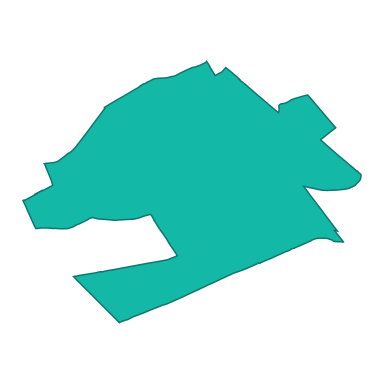 Oudewater, Utrecht, Netherlands
{"feature_id": "6326949B94693963978568", "entity_name": "Oudewater", "entity_type": "district", "adm_level": 2, "iso_a3": "NLD", "parent_name": "Netherlands", "parent_adm1": "Utrecht", "projection": "natural_earth1", "projection_center": [4.869, 52.025], "detail": "fine", "context": "isolated", "style": "filled", "palette": "teal", "viewbox_px": 384, "rotation_deg": 0, "n_neighbors": 0, "source": "geoboundaries", "source_scale": "gbopen_adm2", "svg_char_len": 5797}
<svg xmlns="http://www.w3.org/2000/svg" viewBox="0 0 384 384"><path d="M343.4,242.0L342.6,240.8L334.4,230.5L335.3,230.6L336.2,230.9L337.0,231.0L337.4,231.1L322.8,211.8L319.5,207.3L318.9,206.6L318.6,206.5L318.5,206.1L312.8,198.6L312.4,198.0L311.0,196.4L310.5,195.5L309.9,194.9L307.4,191.3L303.6,186.3L304.3,186.4L305.5,186.6L309.9,187.7L312.0,188.1L316.1,189.0L317.4,189.3L322.4,190.2L323.3,190.3L327.5,190.5L328.4,190.4L332.4,190.2L336.5,190.1L340.2,189.7L343.5,189.4L346.8,188.9L347.7,188.6L349.4,188.1L349.9,187.9L351.2,187.3L353.9,186.1L354.8,185.5L355.4,185.0L358.2,182.2L359.5,180.8L359.8,180.3L360.3,179.5L360.5,178.8L360.7,178.0L360.9,176.6L361.0,175.6L360.9,174.4L359.5,173.3L358.9,172.9L357.6,171.3L357.4,171.5L356.9,171.1L355.9,170.3L355.5,169.9L350.8,165.9L340.8,157.5L340.2,157.0L340.0,156.9L339.7,156.6L339.1,156.1L335.5,153.0L330.6,148.7L320.6,139.9L320.7,139.6L320.8,139.4L321.0,139.3L323.3,137.6L326.9,134.7L328.3,133.5L330.7,131.7L334.0,129.1L335.7,127.7L334.9,126.8L329.4,120.4L325.9,116.3L323.4,113.4L319.6,108.9L315.5,104.1L314.0,102.3L312.2,100.1L308.8,96.2L307.7,95.0L306.4,95.3L303.1,96.1L294.1,98.7L292.6,99.3L291.5,99.7L290.6,100.2L288.8,101.4L288.1,101.8L286.8,102.5L286.1,102.8L284.9,103.3L284.2,103.5L283.8,103.5L281.9,103.7L281.5,103.8L280.8,104.0L280.0,104.4L279.6,104.7L279.2,105.1L279.1,105.4L279.0,105.8L278.9,106.3L278.9,106.8L279.1,108.6L279.2,109.1L279.1,109.5L279.0,110.6L278.4,112.7L276.1,110.8L273.8,108.8L271.4,106.8L256.7,94.3L246.2,85.2L242.2,81.8L241.7,81.5L241.2,81.3L239.6,79.8L239.9,79.7L238.9,78.6L237.3,77.2L235.8,75.9L233.4,73.9L232.9,73.4L225.8,67.6L221.9,71.9L215.1,75.5L212.5,71.2L210.9,68.6L209.1,65.3L206.6,61.3L205.6,62.6L204.9,62.9L203.0,63.8L202.5,64.0L200.8,64.9L198.6,65.8L196.3,66.6L194.2,67.2L192.6,67.4L192.0,67.6L189.6,68.7L188.5,69.2L186.9,69.9L180.2,73.1L179.3,73.6L177.2,74.8L175.1,75.8L174.3,76.1L172.5,76.4L170.4,76.9L169.2,77.2L167.0,77.7L165.5,77.9L163.2,78.1L160.8,78.1L158.3,78.3L155.8,78.6L153.7,79.0L153.1,79.2L150.9,80.4L149.7,81.1L148.8,81.4L147.4,82.1L144.6,83.7L144.1,83.9L143.7,83.8L142.2,84.7L140.5,85.7L140.7,85.9L140.0,86.4L137.5,88.0L131.2,91.6L129.7,92.6L129.1,92.9L126.6,94.3L122.4,96.9L121.8,97.2L121.4,97.3L118.9,98.8L111.5,103.1L105.4,106.8L104.4,107.4L104.5,107.6L104.8,108.0L104.9,108.5L104.7,108.7L104.5,108.9L104.4,109.0L104.0,109.2L104.0,109.5L102.0,112.2L98.7,116.6L98.0,117.5L97.1,118.7L87.2,132.0L80.7,140.5L78.8,143.0L77.2,144.9L76.3,146.5L71.9,150.9L69.9,152.6L69.3,152.8L68.8,153.0L68.2,153.3L65.5,155.6L62.9,157.6L58.5,160.9L58.0,161.2L57.7,161.4L55.3,162.2L52.6,162.8L49.6,163.0L47.3,163.3L45.6,163.4L44.2,163.7L44.7,164.3L45.1,165.2L51.1,179.9L52.7,185.3L42.2,190.9L42.0,190.4L39.3,191.9L39.4,192.0L37.5,193.0L37.4,192.9L36.7,193.2L37.0,193.7L35.8,194.4L35.5,193.9L34.8,194.3L35.2,195.1L35.0,194.8L24.1,200.6L23.9,200.1L23.0,200.5L26.2,207.4L27.5,210.6L29.4,214.8L34.6,226.3L35.4,227.8L35.8,228.6L39.3,228.2L41.1,228.0L43.1,228.0L45.0,228.0L48.3,228.0L49.9,228.1L52.0,228.4L53.8,228.5L55.2,228.4L61.3,228.8L64.1,228.7L67.7,228.6L71.9,227.3L74.2,226.3L76.5,224.9L77.1,224.6L79.4,223.8L84.8,221.2L87.5,219.8L89.2,218.6L90.3,218.2L92.5,217.6L92.8,217.5L93.1,217.6L97.4,218.8L99.1,219.0L104.2,219.3L106.8,219.6L109.1,219.7L111.4,220.0L114.5,220.3L121.6,219.8L125.1,219.6L126.8,219.5L128.5,219.4L130.9,219.3L132.6,219.3L134.7,219.0L137.6,218.3L139.6,217.7L141.5,217.0L144.6,215.9L148.1,215.0L150.2,214.4L150.3,214.4L150.4,214.6L150.6,214.6L151.0,215.0L151.8,215.9L153.1,218.4L153.2,218.5L153.4,219.0L153.9,219.9L153.9,220.0L154.0,220.0L154.4,220.7L155.8,223.0L158.5,227.4L161.0,231.1L161.9,232.3L162.0,232.3L162.9,233.5L164.1,235.3L164.6,236.1L165.2,237.0L165.6,237.6L166.3,238.5L167.6,240.8L168.1,241.7L168.8,242.9L171.1,246.4L172.6,248.5L176.4,254.3L177.2,255.5L177.3,255.7L174.7,256.9L170.0,258.7L170.0,258.8L168.8,259.3L168.0,259.6L167.3,259.8L155.5,262.0L145.9,263.6L135.9,265.5L128.4,266.9L122.8,267.9L113.4,269.7L109.4,270.3L107.6,270.6L103.2,271.6L101.7,271.9L101.6,271.6L101.4,271.6L98.3,272.1L97.5,272.3L97.2,272.4L97.1,272.6L82.6,274.9L77.4,275.9L75.5,276.3L74.4,276.3L73.8,276.5L73.5,276.6L74.7,277.7L76.3,279.6L81.0,284.2L84.6,287.9L91.8,294.9L96.4,299.7L102.8,306.0L109.2,312.5L114.6,317.8L119.4,322.7L119.5,322.6L119.8,322.3L120.1,322.1L123.4,320.9L126.4,319.8L126.9,319.9L127.7,319.6L132.8,317.0L134.4,316.3L134.6,316.3L143.1,313.1L148.6,310.8L150.4,310.0L154.1,308.5L155.1,308.2L157.3,307.3L159.1,306.6L161.2,305.7L162.7,305.1L162.9,305.0L164.5,304.7L166.4,304.1L167.1,303.8L169.3,302.8L169.8,302.7L170.6,302.2L171.7,301.8L172.5,301.5L173.8,300.8L176.0,299.9L184.2,296.2L187.3,294.7L189.0,294.0L191.6,292.7L198.8,289.4L207.8,285.1L212.8,282.9L214.6,282.0L216.3,281.3L217.7,280.6L217.8,280.6L219.6,279.7L221.2,278.9L225.0,277.2L228.4,275.5L229.8,275.0L233.2,273.3L234.3,272.9L240.3,270.9L243.5,269.7L247.9,267.9L252.1,266.1L256.6,264.0L258.6,263.1L258.8,262.9L259.0,263.1L259.3,263.1L259.2,263.0L259.4,263.1L260.3,262.9L261.7,262.2L262.4,262.0L264.2,261.1L266.8,260.1L269.5,258.9L269.9,258.9L277.4,255.4L282.2,253.3L285.0,252.0L286.9,251.2L287.5,251.1L289.2,250.5L289.4,250.4L290.7,249.4L291.2,249.1L291.6,248.9L292.1,248.7L292.4,248.6L293.8,248.4L294.1,248.3L294.3,248.3L294.5,248.1L294.6,247.9L298.7,246.2L303.9,243.9L304.3,243.8L304.9,243.5L306.7,242.7L307.4,242.4L308.8,241.7L309.5,241.4L309.9,241.2L310.4,241.0L311.1,240.7L312.0,240.1L312.4,240.0L312.8,239.7L313.9,239.2L315.8,238.7L316.2,238.5L317.5,238.3L318.7,238.2L322.7,238.2L324.7,238.3L325.5,238.3L326.7,238.4L327.2,238.4L327.7,238.5L329.3,239.2L330.0,239.4L331.1,239.7L331.5,239.8L331.8,240.0L332.9,240.6L333.3,240.9L333.8,241.2L334.1,241.3L335.0,241.5L335.6,241.7L336.2,241.6L337.1,241.7L340.1,241.7L340.7,241.7L341.0,241.8L342.7,242.1L343.0,242.1L343.4,242.0Z" fill="#14b8a6" stroke="#0f766e" stroke-width="1.5"/></svg>